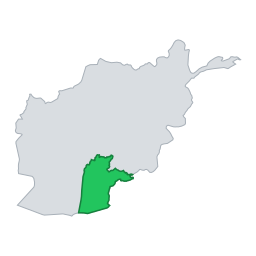 Afghanistan, with Kandahar highlighted
{"feature_id": "AFG-1754", "entity_name": "Kandahar", "entity_type": "Province", "adm_level": 1, "iso_a3": "AFG", "parent_name": "Afghanistan", "parent_adm1": "", "projection": "orthographic", "projection_center": [66.2, 31.058], "detail": "fine", "context": "in_parent", "style": "filled", "palette": "green", "viewbox_px": 256, "rotation_deg": 0, "n_neighbors": 0, "source": "natural_earth", "source_scale": "10m", "svg_char_len": 7767}
<svg xmlns="http://www.w3.org/2000/svg" viewBox="0 0 256 256"><path d="M111.4,62.7L116.9,62.2L120.6,62.9L122.6,64.8L124.5,65.3L126.3,64.3L127.5,64.1L128.0,64.7L128.9,65.0L130.3,64.9L131.1,65.4L131.4,66.5L132.5,68.0L134.4,69.7L136.1,70.1L138.3,68.7L139.1,68.8L139.4,68.4L139.6,67.4L140.9,66.4L143.4,65.5L144.8,64.7L145.2,64.0L146.1,63.8L147.0,64.0L147.6,63.7L148.1,62.8L148.9,62.5L149.7,62.6L153.2,65.7L154.5,66.6L155.1,66.5L156.7,64.7L156.9,63.1L156.4,61.0L156.6,59.3L157.7,58.0L159.7,57.1L162.7,56.8L164.5,56.9L165.2,57.5L166.2,57.8L167.3,57.9L168.3,57.1L169.2,55.5L169.2,53.5L168.3,51.2L168.5,50.5L169.9,49.3L171.4,47.5L172.8,45.2L174.2,42.4L175.9,40.6L178.1,39.9L180.7,40.5L183.9,42.5L185.2,45.1L184.6,48.2L184.7,50.0L185.3,50.2L188.8,49.5L189.3,49.9L189.3,50.8L188.9,52.1L188.4,55.8L187.9,65.0L189.7,70.4L190.8,72.5L191.9,73.1L193.0,73.3L194.0,73.1L196.1,71.6L199.2,68.8L202.3,67.1L206.8,65.9L208.1,63.1L210.1,61.1L214.7,58.1L217.3,56.9L218.8,56.6L222.5,57.4L222.8,58.2L222.6,59.1L221.6,59.9L221.3,60.5L221.7,60.9L223.2,61.0L229.4,58.7L230.7,56.9L232.1,56.7L234.8,57.2L236.8,56.9L238.0,57.5L240.6,59.7L239.9,59.9L238.7,59.5L238.0,58.8L235.6,60.0L232.8,61.7L232.9,62.1L235.7,64.1L230.6,66.9L228.3,68.5L227.7,68.6L224.0,67.5L214.1,68.6L206.5,69.8L203.6,71.2L200.9,71.9L199.5,72.7L198.6,74.0L194.6,77.1L193.9,78.2L191.5,78.2L189.2,81.1L185.8,84.5L185.1,86.1L185.7,86.9L187.7,88.0L188.6,89.1L190.1,92.2L190.8,94.4L191.7,95.4L192.3,98.0L191.5,99.6L191.5,100.3L192.8,102.3L192.6,103.0L191.7,104.0L190.4,106.6L188.0,108.7L187.0,110.4L185.3,112.4L184.6,114.0L183.9,114.9L183.1,115.4L183.4,116.2L184.1,117.3L185.3,118.4L185.5,123.2L184.9,124.6L181.7,126.1L178.7,126.8L174.8,126.9L173.4,126.8L168.0,125.2L166.4,126.2L166.1,128.3L169.3,131.6L170.6,133.5L172.1,136.6L173.2,138.3L172.9,139.8L167.5,143.4L164.0,143.9L161.8,144.5L160.8,145.4L160.1,149.1L159.3,150.4L159.4,152.0L158.7,153.8L157.6,155.0L156.9,156.9L157.8,166.5L154.7,170.4L152.9,171.8L151.2,172.5L149.7,172.3L147.9,170.2L146.6,169.4L145.4,169.5L144.1,170.3L142.1,170.1L140.3,169.4L139.5,169.5L139.0,170.3L137.1,172.0L132.6,174.5L130.7,174.7L130.0,175.4L130.3,176.4L131.1,177.2L132.5,177.8L132.6,178.5L130.3,179.8L127.9,180.7L125.2,181.0L122.4,180.6L120.9,179.5L119.2,179.4L117.6,180.2L116.0,181.5L113.8,184.9L110.5,187.0L109.7,189.1L108.7,192.9L109.0,198.5L108.6,200.9L107.9,202.6L108.0,203.8L109.1,205.3L108.7,206.2L107.7,207.3L106.8,207.9L88.6,213.1L85.6,213.2L84.1,213.0L78.9,212.9L76.8,213.2L74.6,213.9L73.0,214.8L71.8,216.1L69.6,215.3L62.9,213.9L44.5,215.1L42.7,214.7L17.4,205.2L33.9,187.1L34.4,185.6L34.6,182.5L33.8,178.3L32.3,176.4L18.6,173.6L18.2,170.4L18.5,168.9L18.4,166.2L18.5,164.1L19.3,160.6L19.4,159.0L15.9,143.2L16.0,141.6L18.7,138.2L22.1,134.8L21.9,134.2L20.3,133.7L17.9,133.5L16.6,132.9L15.7,131.9L15.4,130.5L16.2,128.0L15.8,123.1L18.5,119.1L22.4,119.1L20.6,116.0L20.2,115.6L20.0,115.1L20.3,114.6L21.3,114.5L23.8,112.7L23.9,111.6L26.0,108.9L25.9,107.6L27.3,104.3L26.8,102.1L26.7,100.8L28.2,100.1L29.2,97.1L29.8,96.3L29.9,95.6L29.6,94.3L30.9,94.1L32.0,95.8L33.9,97.6L35.1,98.1L36.6,98.4L40.1,98.0L40.8,98.1L44.3,101.2L44.9,102.0L45.1,103.2L45.7,103.6L47.0,102.5L48.2,102.1L50.5,102.5L51.7,102.1L57.7,98.6L58.2,96.3L58.8,95.0L59.6,94.2L58.7,91.5L59.1,91.0L59.8,90.7L61.8,90.8L70.6,88.0L72.9,88.1L73.4,87.8L73.6,87.0L74.3,86.2L78.5,84.1L80.9,81.9L81.8,80.2L85.9,66.7L88.0,65.6L90.1,64.7L97.3,64.5L98.6,60.4L99.3,59.4L100.5,58.4L105.8,61.4L111.4,62.7Z" fill="#d9dde1" stroke="#a8b0b8" stroke-width="1"/><path d="M132.7,174.6L132.4,174.9L131.9,175.1L131.4,175.1L130.3,174.9L129.8,174.9L129.6,175.3L129.7,175.6L130.0,175.8L130.2,176.2L130.3,176.9L130.5,177.2L130.9,177.4L131.2,177.5L132.6,177.3L133.2,177.5L133.2,178.3L133.1,178.7L132.8,178.8L132.2,178.8L131.9,178.9L131.7,179.0L130.4,179.9L130.1,180.0L129.2,180.2L128.6,180.5L127.6,180.6L126.5,181.1L126.2,181.2L125.1,181.1L124.3,181.2L124.0,181.1L123.6,181.0L123.0,180.7L122.7,180.6L122.4,180.6L121.7,180.8L121.4,180.8L121.0,180.7L120.8,180.6L120.7,180.5L120.7,180.4L120.8,180.1L120.8,179.6L120.7,179.3L120.5,179.2L119.5,179.2L118.9,179.4L117.8,179.9L117.3,180.4L116.9,180.8L116.5,181.1L115.8,181.2L115.4,181.5L114.9,183.7L114.6,184.1L113.0,185.8L112.6,185.9L110.4,186.4L110.1,186.5L110.0,186.8L108.3,193.0L108.3,193.9L108.6,194.6L109.0,195.2L109.1,195.4L109.2,195.8L109.2,196.2L108.9,198.8L109.0,199.9L108.9,200.3L107.8,202.5L107.6,203.2L107.5,203.6L107.6,203.8L108.2,204.2L108.9,204.9L109.4,205.3L109.6,205.5L109.4,205.6L108.9,206.3L108.5,206.9L107.1,207.9L105.7,208.3L104.7,208.6L103.8,208.8L102.8,209.1L101.8,209.4L100.8,209.7L99.8,210.0L98.9,210.3L97.9,210.5L96.9,210.8L95.9,211.1L95.0,211.4L94.0,211.7L93.0,211.9L92.0,212.2L91.0,212.5L90.1,212.8L87.6,213.5L86.8,213.4L84.0,212.9L81.7,212.8L78.6,212.8L78.6,212.7L81.0,200.2L81.5,196.5L81.8,190.2L82.7,180.6L82.8,179.9L83.0,176.9L83.3,175.8L83.8,174.0L84.1,173.4L84.4,171.6L84.5,171.3L84.5,171.2L84.4,171.2L84.2,171.1L84.1,170.9L84.1,170.6L84.4,168.9L84.5,168.7L84.8,168.4L85.7,167.6L85.9,167.3L86.0,167.1L86.2,166.4L86.2,165.8L86.3,165.4L86.5,165.2L86.7,164.9L86.8,164.9L87.1,164.8L87.4,164.5L87.5,164.5L87.7,164.4L87.9,164.5L88.1,164.5L88.3,164.7L88.5,164.8L89.0,164.8L89.3,164.7L89.7,163.7L89.8,163.4L89.8,163.2L89.7,163.0L89.7,162.9L89.8,162.8L89.9,162.7L90.0,162.7L90.0,162.4L90.2,162.0L90.2,161.8L90.2,161.7L90.3,161.4L90.8,161.0L91.1,160.8L91.2,160.7L91.4,159.6L91.6,159.7L91.8,160.0L92.0,160.0L93.0,160.0L93.3,160.1L93.9,160.5L94.1,160.6L94.4,160.6L94.6,160.6L94.8,160.5L94.6,160.0L94.6,159.9L94.6,159.7L94.8,159.2L95.1,158.9L95.1,158.4L95.0,158.0L95.1,157.8L95.1,157.7L95.4,157.4L95.7,157.3L95.8,157.3L95.9,157.2L96.0,157.0L96.1,156.8L96.2,156.5L96.3,156.2L96.5,155.7L97.1,155.0L97.2,154.9L97.3,154.8L97.5,154.8L98.7,155.0L98.9,155.0L99.2,154.9L99.3,154.9L99.3,155.0L99.2,155.3L99.2,155.6L99.3,156.7L99.2,157.2L99.3,157.4L99.7,157.4L99.8,157.3L99.9,157.2L100.1,156.8L100.2,156.7L100.3,156.7L100.5,156.5L100.8,156.5L101.5,156.7L101.9,156.7L102.0,156.7L102.3,156.8L103.2,156.9L103.9,156.9L104.1,157.0L104.2,157.3L104.4,157.5L104.5,157.7L104.8,157.7L105.1,157.7L106.1,157.8L106.6,157.7L106.8,157.6L106.8,157.4L106.8,157.2L106.9,156.9L107.0,156.9L107.1,157.0L107.4,157.1L107.5,157.0L108.6,156.9L108.8,156.8L108.9,156.7L109.3,156.4L109.8,156.7L110.1,156.7L110.3,156.6L110.7,156.0L110.9,155.5L111.0,155.4L111.1,155.2L111.3,155.2L111.6,155.2L111.8,155.3L111.9,155.5L112.0,155.5L112.3,155.8L112.5,155.9L112.7,156.0L112.8,156.1L112.7,156.2L112.7,156.4L112.7,156.5L112.7,156.9L112.7,157.0L112.5,158.0L112.3,158.4L112.1,158.8L111.9,158.9L111.3,159.2L111.1,159.3L111.0,159.5L110.8,160.1L110.7,160.3L110.5,160.6L110.2,161.0L109.9,161.3L109.4,161.7L109.4,161.8L109.3,162.0L109.2,162.2L109.2,162.4L109.2,162.5L109.3,162.7L109.3,162.8L109.4,163.1L109.4,163.3L109.4,163.7L109.5,164.2L109.5,164.3L109.3,164.8L109.0,165.3L109.1,165.5L109.3,165.7L109.4,165.8L109.6,166.2L109.6,166.7L109.5,166.8L109.3,167.3L109.0,167.8L108.8,168.0L108.7,168.1L108.1,168.3L107.7,168.5L106.9,169.2L106.9,169.6L107.0,169.8L107.1,170.0L107.7,170.5L109.0,171.9L109.8,171.4L110.2,171.0L110.5,170.8L110.8,170.6L111.1,170.5L111.4,170.4L111.5,170.5L111.8,170.5L112.1,170.5L112.8,170.4L113.0,170.3L115.0,168.6L115.2,168.4L115.3,168.3L115.5,168.5L116.3,169.2L116.6,169.5L117.3,169.9L118.0,170.1L118.3,170.2L118.4,170.4L118.7,170.6L119.1,170.8L119.3,171.0L119.5,171.1L120.2,171.2L120.9,171.4L121.3,171.3L122.4,171.0L122.8,170.8L123.5,170.5L123.9,171.3L124.1,171.8L124.5,172.0L124.8,172.1L125.0,172.6L125.2,172.8L125.4,172.9L125.6,173.0L125.7,172.9L125.8,172.7L126.2,172.6L126.9,173.0L127.3,173.7L127.4,174.0L127.2,174.3L127.2,174.5L127.3,174.6L127.5,174.7L128.2,174.5L128.3,174.5L129.4,174.6L129.6,174.5L129.9,174.5L130.8,174.1L131.2,174.1L131.8,174.2L132.7,174.6L132.7,174.6Z" fill="#22c55e" stroke="#15803d" stroke-width="1.5"/></svg>